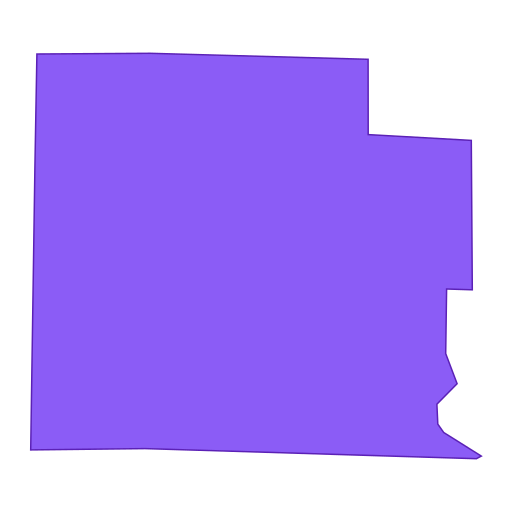 outline of Clay, Illinois, United States of America
{"feature_id": "52423323B31422881251864", "entity_name": "Clay", "entity_type": "district", "adm_level": 2, "iso_a3": "USA", "parent_name": "United States of America", "parent_adm1": "Illinois", "projection": "albers", "projection_center": [-88.411, 38.757], "detail": "fine", "context": "isolated", "style": "filled", "palette": "violet", "viewbox_px": 512, "rotation_deg": 0, "n_neighbors": 0, "source": "geoboundaries", "source_scale": "gbopen_adm2", "svg_char_len": 340}
<svg xmlns="http://www.w3.org/2000/svg" viewBox="0 0 512 512"><path d="M36.9,54.0L34.9,167.4L30.7,449.9L145.0,448.6L476.4,458.7L481.3,456.1L443.7,432.5L437.8,424.1L436.9,404.2L457.1,383.7L445.7,353.6L446.6,289.0L472.3,289.8L471.3,140.4L368.2,134.6L368.1,59.3L150.2,53.3L36.9,54.0Z" fill="#8b5cf6" stroke="#5b21b6" stroke-width="1.5"/></svg>